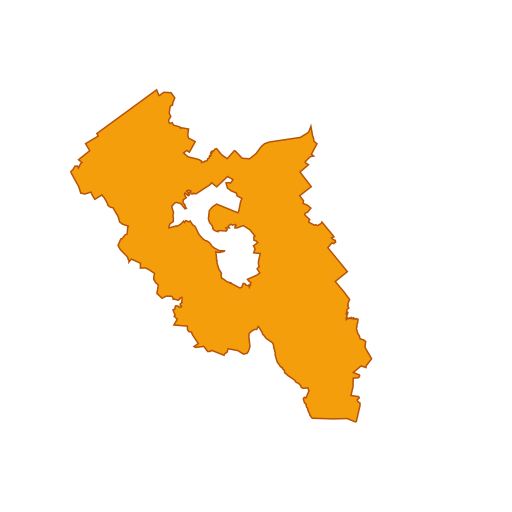 Cieceres pag., Brocenu, Latvia, rotated 328°
{"feature_id": "27541924B20812887451136", "entity_name": "Cieceres pag.", "entity_type": "district", "adm_level": 2, "iso_a3": "LVA", "parent_name": "Latvia", "parent_adm1": "Brocenu", "projection": "mercator", "projection_center": [22.572, 56.663], "detail": "fine", "context": "isolated", "style": "filled", "palette": "amber", "viewbox_px": 512, "rotation_deg": 328, "n_neighbors": 0, "source": "geoboundaries", "source_scale": "gbopen_adm2", "svg_char_len": 6141}
<svg xmlns="http://www.w3.org/2000/svg" viewBox="0 0 512 512"><g transform="rotate(328 256 256)"><path d="M143.9,86.2L143.3,87.4L142.4,103.3L140.7,109.8L143.8,112.8L149.9,114.3L149.5,116.6L149.3,122.5L157.7,122.6L157.7,123.9L158.2,125.9L157.9,132.2L157.3,134.1L157.5,135.5L158.5,137.6L160.3,139.3L160.0,149.6L158.4,154.9L159.8,158.5L163.6,163.0L162.3,163.8L158.4,169.0L155.7,168.8L151.9,170.4L150.4,169.9L144.6,173.9L144.3,178.5L146.5,188.6L145.6,192.4L145.9,192.8L145.2,193.7L148.6,192.5L154.2,200.9L151.5,205.0L155.8,207.4L158.1,211.1L160.7,217.0L158.0,219.9L156.7,222.0L157.1,222.9L156.7,225.0L157.6,228.2L157.6,229.1L152.1,235.2L154.0,242.1L158.4,242.4L162.6,245.1L163.3,245.8L163.5,247.2L162.8,248.9L163.8,249.2L166.6,252.3L168.5,252.2L168.7,251.5L171.2,251.7L170.7,253.1L168.5,255.8L168.6,256.2L166.6,256.4L165.7,257.4L166.2,259.2L165.7,259.6L164.2,259.1L163.5,258.1L163.5,257.4L161.8,255.8L160.9,255.8L159.3,257.9L157.0,257.7L156.1,263.2L154.7,263.7L155.7,267.9L149.8,271.0L160.6,279.1L158.8,282.4L159.0,284.5L161.0,286.4L160.7,286.8L160.4,289.4L160.7,299.7L155.4,299.9L156.3,301.5L163.8,305.0L164.4,311.4L166.9,312.8L168.3,312.4L176.3,323.3L177.4,322.4L180.7,322.2L183.1,319.8L190.4,326.5L193.4,332.6L197.0,333.8L199.0,332.8L202.9,329.6L207.0,321.0L208.9,318.2L211.7,317.5L215.5,317.4L217.8,318.7L220.4,316.9L220.8,318.1L220.7,323.8L220.2,326.0L220.6,327.5L221.0,331.4L223.9,338.1L224.0,339.2L223.3,341.6L222.4,343.2L222.3,344.6L221.2,347.2L221.1,348.5L219.9,349.8L217.8,357.2L218.2,363.0L218.5,363.9L219.2,364.4L218.7,365.8L219.5,367.7L218.7,369.6L218.6,371.1L219.3,371.9L219.5,373.8L222.9,381.5L223.1,384.3L224.6,386.7L225.2,389.4L224.8,391.1L225.2,392.3L226.1,393.4L230.2,395.3L229.6,397.4L229.7,398.2L225.8,401.0L223.2,402.8L222.1,401.4L220.4,402.2L219.3,406.4L219.9,407.4L219.6,408.7L219.8,408.8L218.8,410.8L219.0,412.9L218.2,414.4L217.8,418.3L217.3,419.8L217.6,421.1L217.4,422.5L218.0,423.6L235.2,435.1L247.1,442.1L252.4,449.4L253.3,449.6L265.1,437.8L266.3,435.6L265.3,433.8L265.4,431.7L268.5,431.0L268.5,429.6L262.6,424.6L268.9,418.4L273.7,411.1L278.3,413.5L279.7,413.1L280.6,412.2L280.7,411.7L276.8,406.4L286.8,404.9L290.2,408.9L291.0,407.6L299.6,404.4L300.0,391.2L303.7,386.6L303.0,384.5L300.4,381.4L301.3,378.3L301.3,375.7L302.5,371.2L303.1,370.2L304.4,369.3L304.6,368.2L306.8,366.5L309.0,363.7L308.0,362.8L308.1,362.4L307.0,362.3L306.1,360.5L305.5,361.2L305.2,360.6L305.4,360.0L304.3,359.9L304.4,359.2L303.9,359.5L303.6,358.7L302.7,358.8L302.7,358.2L301.6,358.1L301.3,357.6L300.8,357.9L300.4,357.4L298.9,357.7L299.6,356.3L300.3,356.4L301.1,355.5L301.5,354.2L302.3,354.1L302.0,353.2L302.7,353.5L303.9,352.8L304.0,352.2L303.1,351.8L303.5,351.5L303.9,350.4L304.8,349.7L307.1,349.3L307.4,346.7L308.2,346.5L308.4,345.6L309.6,344.4L312.3,342.6L311.6,333.2L309.7,319.6L325.2,317.7L321.3,287.0L327.4,285.1L328.4,286.7L330.9,286.4L330.7,285.4L331.6,284.8L330.0,282.9L329.7,280.6L332.1,281.2L332.3,280.6L329.9,262.1L328.8,262.9L324.5,262.9L323.0,261.0L322.0,261.0L318.7,255.5L319.0,255.3L319.0,254.5L320.9,253.6L319.1,246.9L320.4,245.8L322.9,246.2L327.9,244.5L326.6,240.3L323.8,236.3L325.6,234.3L325.0,228.0L339.6,226.5L337.8,208.1L348.9,206.4L347.3,203.1L347.6,202.2L354.4,200.5L357.9,201.8L356.9,199.1L367.2,193.1L365.9,189.4L367.0,187.2L367.9,183.5L371.3,175.1L367.4,178.1L365.3,179.0L356.4,178.9L327.7,166.4L322.8,165.3L318.7,165.9L310.2,169.2L302.2,170.2L296.1,165.8L294.1,156.1L293.4,155.2L283.2,158.2L280.5,152.0L279.5,144.1L278.0,143.6L274.5,144.8L273.8,144.2L274.1,143.7L273.7,143.7L272.6,144.3L272.7,144.8L272.0,145.0L272.5,145.5L271.7,145.8L270.9,147.1L269.9,147.1L270.1,146.4L269.8,146.3L268.0,148.2L266.5,147.9L265.5,149.0L264.6,149.2L263.0,148.4L261.7,148.8L260.4,147.9L259.4,147.8L260.1,146.5L258.5,143.7L250.9,135.9L249.2,130.2L253.2,129.8L254.5,132.7L265.1,126.8L261.2,120.1L262.3,117.2L266.1,112.5L261.1,108.1L259.7,107.5L260.1,106.9L259.5,105.9L255.4,101.3L255.6,98.5L253.3,98.1L252.9,96.1L254.3,94.2L257.6,92.6L258.1,88.9L262.0,84.1L264.1,83.4L265.1,83.9L266.7,81.9L270.9,78.9L270.5,72.5L264.6,68.3L258.9,68.7L258.7,68.3L259.8,62.4L185.9,67.8L185.8,70.6L185.5,70.7L171.0,70.4L170.8,78.6L156.5,80.3L157.9,84.5L156.2,84.7L152.0,87.3L152.3,85.2L150.2,83.9L146.0,85.9L143.9,86.2ZM218.8,195.6L218.7,191.3L217.0,191.4L215.3,188.7L213.0,189.6L213.1,188.1L208.7,189.1L205.4,189.0L204.5,188.9L204.3,188.2L197.0,186.1L197.0,185.7L199.9,183.2L204.1,182.9L205.8,180.5L207.1,177.5L209.2,175.3L210.5,170.0L211.6,168.9L215.4,168.0L217.1,168.5L219.3,170.9L220.1,172.5L220.8,178.4L222.2,178.7L222.2,176.7L222.9,174.3L222.2,172.3L224.1,169.8L227.8,169.6L227.7,166.6L228.8,164.9L229.2,165.0L229.9,167.3L230.5,167.6L230.2,168.2L230.4,168.7L230.9,169.2L232.2,168.5L231.7,167.4L232.3,165.3L231.4,164.4L231.8,164.0L233.6,164.4L235.1,165.9L235.1,166.5L233.3,166.9L234.2,168.4L234.0,169.0L235.8,170.1L236.1,169.6L238.1,171.5L255.1,171.2L257.1,170.2L259.3,176.5L274.0,173.5L277.0,179.1L272.9,180.7L271.7,179.2L269.3,178.1L267.8,183.2L269.3,187.3L272.7,192.3L271.8,195.0L274.6,199.7L271.8,201.7L265.2,208.7L263.6,209.8L250.1,191.1L244.9,191.3L240.4,192.8L235.3,199.3L234.4,202.9L234.9,206.9L234.4,209.2L233.8,209.7L234.2,212.0L235.6,214.1L236.8,215.3L237.5,214.7L239.8,216.0L243.9,219.0L245.4,218.6L245.3,216.2L248.2,218.0L248.1,216.0L251.4,215.7L252.6,217.5L255.0,218.1L255.4,219.6L253.6,220.0L253.0,221.1L254.9,222.2L261.3,223.4L264.7,230.5L265.7,238.4L264.5,238.4L262.6,241.5L264.2,243.6L264.5,245.6L259.2,246.0L259.1,249.3L255.7,252.1L260.9,256.1L255.0,262.1L253.6,264.6L253.3,266.5L250.1,267.5L250.3,272.3L246.7,272.7L236.4,271.2L236.7,273.8L237.6,276.0L236.3,276.6L236.2,277.6L235.3,278.1L234.7,277.0L233.9,278.4L233.9,277.3L231.8,275.1L232.1,274.2L231.9,273.6L230.7,272.4L227.2,275.0L225.3,274.5L220.8,266.7L219.8,265.6L220.4,265.4L217.8,262.5L216.2,258.3L215.2,256.9L215.9,254.1L217.6,252.2L217.6,247.6L219.2,241.2L220.7,239.1L220.7,237.7L221.9,236.1L224.1,231.1L226.3,233.4L231.4,235.2L232.0,234.8L227.8,232.1L224.9,227.2L223.7,223.8L223.9,222.5L223.4,219.4L222.1,216.8L221.3,216.3L219.9,212.9L219.3,209.2L219.1,206.4L220.0,199.4L219.8,197.9L219.2,197.3L218.8,195.6Z" fill="#f59e0b" stroke="#b45309" stroke-width="1.5"/></g></svg>